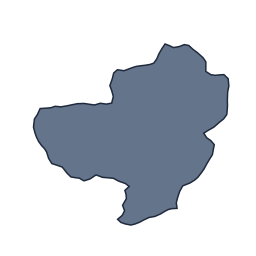 the district of Vargem Alegre, Minas Gerais, Brazil, rotated 13°
{"feature_id": "56859067B29646680816538", "entity_name": "Vargem Alegre", "entity_type": "district", "adm_level": 2, "iso_a3": "BRA", "parent_name": "Brazil", "parent_adm1": "Minas Gerais", "projection": "albers", "projection_center": [-42.322, -19.604], "detail": "fine", "context": "isolated", "style": "filled", "palette": "slate", "viewbox_px": 256, "rotation_deg": 13, "n_neighbors": 0, "source": "geoboundaries", "source_scale": "gbopen_adm2", "svg_char_len": 1541}
<svg xmlns="http://www.w3.org/2000/svg" viewBox="0 0 256 256"><g transform="rotate(13 128 128)"><path d="M193.9,195.3L191.9,190.1L192.0,184.5L192.6,178.2L194.3,172.1L200.8,167.6L204.5,163.9L207.1,160.4L209.5,155.2L211.3,150.8L212.8,145.3L214.4,140.3L216.2,135.1L215.8,124.8L211.4,121.6L206.8,119.8L203.0,116.0L206.4,112.5L211.5,107.8L215.5,102.2L219.2,97.5L221.2,92.7L220.6,88.0L219.8,83.3L218.7,79.2L217.8,74.7L217.0,70.5L216.8,64.3L214.5,57.4L209.4,54.4L204.8,55.8L200.9,57.1L196.7,57.4L191.1,55.4L189.0,46.1L185.4,42.7L179.3,39.3L173.7,36.8L168.6,33.9L164.1,34.1L159.7,37.1L154.2,39.4L149.5,38.4L145.2,37.8L143.1,43.3L141.4,49.0L140.5,54.2L138.5,59.0L135.2,61.1L130.6,63.0L126.1,64.6L122.2,66.1L118.0,68.6L111.2,73.1L104.6,73.6L101.7,77.6L101.6,83.6L100.8,90.8L103.8,95.4L106.6,100.6L106.5,107.4L101.5,109.6L95.5,110.1L90.2,113.1L85.6,113.5L79.5,114.0L73.2,115.7L68.1,118.0L63.4,120.2L57.8,122.5L52.2,123.2L48.3,125.6L43.7,127.1L38.0,128.8L36.7,135.3L34.8,140.3L35.7,148.4L38.4,153.6L40.7,157.2L44.0,161.3L47.8,164.6L51.2,166.8L54.1,169.7L57.5,175.5L61.8,179.8L66.9,180.2L72.8,180.9L78.6,185.6L83.3,188.5L87.7,188.3L91.7,187.8L97.0,189.4L102.3,186.3L107.4,180.9L114.4,181.8L120.4,180.9L125.1,180.3L130.5,181.8L138.0,182.7L142.3,184.7L139.0,189.5L141.0,193.1L142.3,197.1L140.1,204.5L143.3,209.5L142.0,214.5L138.4,219.3L142.3,221.6L146.9,222.1L152.6,221.9L156.2,220.1L160.5,217.2L164.1,214.0L168.7,210.4L174.1,208.1L179.2,204.3L182.1,201.4L185.4,198.5L188.9,196.7L193.9,195.3Z" fill="#64748b" stroke="#1e293b" stroke-width="1.5"/></g></svg>